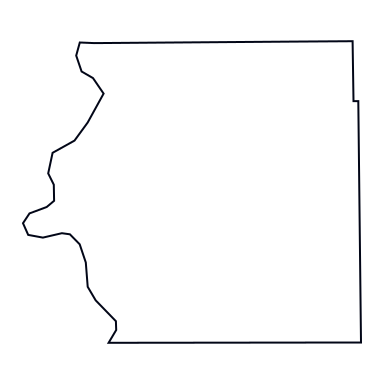 outline of Brule, South Dakota, United States of America
{"feature_id": "52423323B31901500276132", "entity_name": "Brule", "entity_type": "district", "adm_level": 2, "iso_a3": "USA", "parent_name": "United States of America", "parent_adm1": "South Dakota", "projection": "orthographic", "projection_center": [-99.284, 43.717], "detail": "fine", "context": "isolated", "style": "outline", "palette": "ink", "viewbox_px": 384, "rotation_deg": 0, "n_neighbors": 0, "source": "geoboundaries", "source_scale": "gbopen_adm2", "svg_char_len": 479}
<svg xmlns="http://www.w3.org/2000/svg" viewBox="0 0 384 384"><path d="M79.8,42.5L76.2,55.6L81.6,71.5L93.0,78.1L103.6,93.6L87.7,122.5L74.5,140.6L52.6,152.8L48.2,173.4L53.8,184.7L54.1,200.8L46.7,207.0L29.5,213.4L23.0,223.2L28.2,234.9L42.9,237.6L61.9,233.2L69.9,234.3L79.7,244.3L85.8,262.5L87.7,286.8L95.7,300.4L115.9,321.2L116.2,330.0L108.6,342.8L361.0,342.5L358.3,101.1L353.5,101.1L352.6,41.2L293.3,41.6L94.2,43.1L79.8,42.5Z" fill="none" stroke="#020617" stroke-width="2"/></svg>